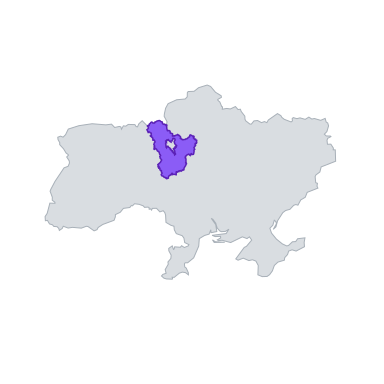 where Kiev sits in Ukraine, rotated 346°
{"feature_id": "UKR-321", "entity_name": "Kiev", "entity_type": "Region", "adm_level": 1, "iso_a3": "UKR", "parent_name": "Ukraine", "parent_adm1": "", "projection": "albers", "projection_center": [30.544, 50.332], "detail": "fine", "context": "in_parent", "style": "filled", "palette": "violet", "viewbox_px": 384, "rotation_deg": 346, "n_neighbors": 0, "source": "natural_earth", "source_scale": "10m", "svg_char_len": 9468}
<svg xmlns="http://www.w3.org/2000/svg" viewBox="0 0 384 384"><g transform="rotate(346 192 192)"><path d="M262.5,258.1L267.1,264.2L270.8,267.2L272.6,267.3L277.4,264.6L280.6,265.2L283.2,262.9L290.5,263.8L288.6,268.1L287.9,272.3L278.7,274.5L275.1,272.3L271.5,272.7L269.6,275.8L266.1,278.1L265.1,280.5L258.4,280.8L254.1,283.2L250.9,288.0L247.3,291.0L244.4,292.1L239.7,291.1L235.9,288.3L238.5,279.3L237.3,274.5L234.3,272.4L230.6,272.3L225.7,268.6L220.2,269.3L218.3,267.5L229.3,258.4L231.7,257.9L238.3,253.1L236.9,249.4L234.1,250.5L230.0,247.7L217.3,250.4L209.5,246.1L205.9,245.6L205.0,244.6L208.7,243.5L209.0,241.9L203.8,240.9L201.0,238.9L215.1,240.6L218.8,237.0L214.9,238.3L210.9,237.6L209.5,236.5L207.7,233.0L207.5,228.0L205.7,223.6L204.3,222.2L207.1,229.4L206.5,236.4L200.6,236.1L201.1,233.2L198.4,237.0L193.7,237.2L187.8,239.0L185.4,246.2L177.7,256.3L170.7,259.6L168.3,259.0L167.3,259.8L166.8,262.9L168.0,264.4L168.9,269.4L168.5,271.5L166.1,268.6L163.2,267.4L160.0,267.7L154.1,270.5L152.1,269.9L152.2,271.4L151.7,271.8L146.2,270.2L143.9,268.8L142.1,266.1L143.8,264.9L147.2,264.6L147.2,260.8L151.5,256.3L151.7,254.1L155.4,251.4L156.5,248.2L155.3,243.5L155.8,241.1L159.8,239.5L160.1,243.2L161.0,242.9L161.9,241.0L167.3,242.8L168.9,241.6L171.1,244.0L175.3,243.4L176.3,242.3L172.7,239.3L173.0,234.7L171.9,232.0L166.7,228.6L165.7,224.4L166.2,220.8L163.6,219.3L159.4,215.2L160.8,208.0L160.6,205.3L159.5,203.2L156.0,203.5L153.6,199.2L149.5,198.3L148.4,199.8L147.7,198.3L146.3,198.4L146.5,196.6L145.6,196.0L142.2,195.4L141.4,193.7L137.8,191.2L133.4,189.5L130.9,191.0L129.8,190.5L127.9,192.0L121.5,191.3L117.5,194.3L112.2,195.4L111.6,197.6L109.5,200.6L97.6,201.9L92.4,203.7L90.7,205.6L87.6,206.0L82.7,200.3L81.1,199.7L75.9,200.3L67.5,197.4L63.1,197.0L58.8,194.1L57.2,196.0L54.0,197.2L53.9,195.1L52.7,193.0L49.6,192.0L48.7,190.1L46.0,188.5L44.9,184.6L42.8,184.4L43.5,180.3L46.3,177.7L51.4,168.4L56.3,169.8L56.5,168.7L54.4,166.2L55.2,163.2L54.5,156.9L55.6,155.3L61.7,148.5L73.7,137.6L78.0,137.1L80.1,134.3L80.4,132.1L78.9,127.7L81.0,126.4L80.9,125.7L79.3,123.8L77.8,119.0L75.1,114.1L75.6,112.0L74.7,108.8L75.0,106.4L77.9,106.0L80.2,107.6L83.2,105.8L87.2,101.0L98.3,100.3L111.6,101.6L124.6,106.0L130.3,106.7L132.6,110.7L137.4,110.8L138.7,111.6L138.8,114.0L141.4,111.2L143.7,112.1L146.5,111.0L152.9,112.8L153.6,115.0L154.9,115.6L156.9,113.0L160.9,110.8L164.6,117.1L167.9,115.8L177.4,114.8L179.8,116.8L180.1,118.7L183.5,120.2L184.8,117.9L183.3,111.8L184.1,109.5L186.7,104.3L190.2,100.5L199.4,98.8L207.9,100.1L210.4,98.5L211.5,94.5L212.6,93.6L218.4,94.8L223.6,92.4L232.6,91.9L235.6,94.1L238.9,100.9L243.6,105.7L243.4,107.3L239.4,108.4L239.3,109.3L240.8,111.5L241.5,116.3L242.2,116.8L241.4,119.0L245.8,119.3L249.3,120.7L254.8,119.6L256.6,123.1L259.0,123.4L259.2,125.7L261.6,131.2L261.0,134.2L261.4,136.0L264.6,140.1L266.0,140.5L269.3,138.0L272.9,138.5L276.2,141.5L279.3,141.2L281.4,142.8L283.5,140.6L293.9,136.6L296.7,139.4L297.2,141.3L299.1,143.8L305.1,148.0L306.7,147.3L306.9,145.1L308.2,144.3L311.5,146.2L314.7,146.2L319.4,148.9L323.5,147.6L325.9,150.2L328.5,150.3L334.2,153.6L339.0,152.8L339.1,156.5L340.4,157.9L340.5,160.9L337.5,166.0L334.4,167.9L335.8,170.1L339.8,171.2L340.2,171.9L336.7,172.7L335.5,174.5L335.0,178.4L338.3,179.2L339.8,183.6L339.2,185.2L341.2,185.8L338.8,196.9L323.4,198.9L320.9,203.5L316.4,205.4L315.2,206.8L314.3,212.9L315.8,213.9L314.7,216.6L315.1,218.7L303.7,220.2L300.6,224.5L295.6,226.0L291.6,230.4L289.7,229.3L287.5,229.5L282.8,232.5L278.4,232.6L275.1,234.0L268.1,240.6L265.0,246.1L261.8,247.9L266.2,243.3L266.2,241.0L265.0,239.3L262.4,243.8L258.8,246.0L259.2,251.1L262.5,258.1ZM211.6,248.7L201.3,246.3L200.3,243.4L202.6,245.9L211.6,248.7Z" fill="#d9dde1" stroke="#a8b0b8" stroke-width="1"/><path d="M169.6,114.4L169.9,114.4L170.2,114.6L170.6,115.5L170.8,115.7L172.2,116.0L172.5,115.9L172.9,115.3L173.1,115.1L173.5,115.3L174.7,114.8L175.0,114.7L177.2,114.7L177.7,114.8L178.1,115.1L178.9,116.2L179.7,116.6L179.9,116.7L180.1,117.1L180.1,117.5L179.9,118.3L180.0,118.6L180.5,119.2L180.9,119.5L181.6,119.5L181.9,119.7L182.2,120.3L182.9,120.4L183.3,120.7L183.4,121.0L183.6,120.9L183.7,121.0L183.1,121.2L183.0,121.3L183.2,122.0L183.3,122.3L182.9,124.2L182.9,125.7L183.0,126.6L183.3,126.7L183.6,126.5L184.0,126.7L184.6,126.8L185.1,127.3L185.3,127.5L185.4,128.0L185.2,129.1L185.2,129.6L186.5,130.2L187.2,130.8L187.1,131.6L186.6,132.8L186.6,133.0L186.9,133.1L187.4,132.9L188.1,133.5L188.3,133.4L188.5,133.1L189.6,133.3L190.1,133.0L191.4,133.0L192.0,132.7L192.5,133.3L192.5,133.7L192.5,133.8L193.3,134.0L193.3,134.4L193.9,135.0L194.1,135.5L194.3,136.1L194.2,136.4L194.1,136.7L193.7,136.8L193.6,137.1L194.3,137.9L194.9,138.0L195.0,138.2L195.0,138.6L195.2,138.9L195.7,139.0L196.0,139.2L196.6,139.1L198.2,139.4L198.6,139.0L199.8,139.2L200.2,138.9L200.6,138.9L200.9,138.6L201.4,138.4L201.8,138.0L202.8,138.0L203.1,137.6L203.3,137.4L203.3,137.1L203.4,136.8L203.5,136.5L203.9,136.2L204.3,136.2L205.3,137.0L206.2,138.0L207.1,138.1L207.4,138.6L207.3,139.2L207.2,139.3L206.7,139.3L206.4,139.7L206.4,139.9L207.0,140.5L207.0,141.1L207.2,141.3L207.5,141.5L208.2,141.5L208.3,141.6L208.3,141.8L207.9,142.2L208.0,142.3L209.1,143.0L208.7,144.1L208.4,144.7L208.6,145.0L208.1,145.8L207.4,145.6L207.2,145.6L206.9,145.7L206.6,146.1L206.5,146.4L206.6,146.7L206.9,147.2L206.9,147.4L206.8,147.6L206.2,148.2L205.9,148.3L205.6,148.2L205.4,148.8L204.6,149.4L204.6,149.5L204.7,149.9L204.8,150.7L205.0,151.1L205.0,151.3L204.0,151.8L203.9,152.0L204.0,152.5L203.9,152.9L203.7,153.5L203.3,154.1L203.3,154.6L202.9,155.0L202.5,155.8L202.4,155.8L200.8,155.6L200.7,155.5L200.7,154.8L200.6,154.6L200.4,154.6L200.3,155.2L200.1,155.5L199.7,155.6L199.3,155.4L199.1,155.6L199.0,156.0L198.6,155.6L198.5,155.3L198.2,154.9L198.1,154.5L197.8,154.4L197.3,154.6L196.3,154.7L195.1,155.6L194.5,155.6L194.3,155.8L193.8,156.7L194.1,157.0L193.8,157.8L194.1,158.1L194.1,158.3L194.0,159.2L193.7,159.8L193.7,160.4L193.4,161.3L193.0,161.8L193.0,162.3L193.5,162.5L193.5,162.8L193.5,163.3L192.7,163.9L192.2,164.9L191.5,165.4L190.1,166.9L189.7,167.7L189.6,168.4L189.4,168.6L189.2,168.6L189.0,168.3L188.8,168.2L188.4,168.6L187.8,168.4L187.3,168.9L186.4,169.2L185.8,168.4L185.3,168.5L184.7,168.3L184.3,169.0L183.6,168.7L183.3,169.0L182.7,169.2L182.4,168.8L182.1,168.6L181.7,168.6L181.4,168.9L181.3,169.6L180.9,171.3L180.8,171.5L180.5,171.4L180.4,171.2L180.4,170.9L177.3,170.2L177.2,169.9L177.5,169.4L177.5,169.2L177.0,169.0L176.2,169.7L176.4,170.3L175.9,170.2L175.1,170.1L174.9,170.3L174.7,170.6L173.7,170.7L173.2,171.1L172.8,171.8L172.4,172.3L172.4,172.8L170.8,173.0L170.5,172.9L170.2,172.6L170.0,172.3L170.0,172.1L170.3,171.9L170.2,171.8L169.5,171.5L169.3,171.2L169.2,171.1L168.6,171.1L167.8,169.6L167.1,169.3L166.7,169.1L166.6,168.7L166.3,168.0L166.3,167.6L166.4,167.4L167.3,166.8L167.5,166.6L167.5,166.0L167.0,164.9L167.1,164.7L167.4,164.5L167.5,163.9L167.4,163.7L166.6,163.3L166.3,162.8L166.3,162.1L166.6,161.4L166.6,161.1L166.3,160.9L165.5,160.8L165.6,160.4L166.1,160.1L166.1,159.5L166.1,159.4L165.1,159.3L165.1,159.2L165.4,158.7L165.6,158.1L165.6,157.8L165.4,157.3L165.5,157.1L166.1,156.9L166.4,156.6L166.8,156.6L167.4,156.1L168.6,155.5L169.0,155.0L169.2,154.6L169.7,154.3L170.2,153.8L170.3,153.5L170.3,153.4L169.3,151.6L169.5,151.1L169.3,150.2L169.3,149.8L169.4,149.6L170.1,149.3L170.4,149.0L170.4,148.9L170.2,148.6L170.2,148.0L169.8,147.7L169.7,147.4L169.8,145.3L169.7,145.2L169.3,144.9L168.9,144.1L168.4,143.9L168.3,143.4L168.1,142.8L168.0,142.1L167.8,141.7L167.6,141.5L167.3,141.3L166.6,141.3L165.8,141.6L165.6,141.5L165.5,141.3L165.5,141.2L166.0,141.1L166.1,140.9L165.8,140.5L165.8,140.3L166.4,140.3L166.5,140.1L166.7,139.6L166.7,139.3L166.3,139.0L166.3,138.7L166.7,138.5L166.9,137.7L166.5,137.2L166.4,137.0L166.4,136.8L167.4,135.1L168.0,134.8L168.1,134.6L168.2,134.3L168.3,134.1L167.9,132.5L167.6,132.3L166.8,132.4L166.6,132.3L166.6,132.1L167.0,130.3L166.9,130.0L166.5,129.5L165.6,128.1L165.2,127.8L165.2,127.5L165.2,127.3L165.3,127.3L165.8,127.3L166.3,127.5L166.3,127.4L166.3,126.2L166.7,125.4L166.7,125.1L166.5,124.8L165.8,124.5L165.5,123.8L164.8,123.2L164.4,123.1L164.1,123.7L163.9,123.7L163.8,123.1L163.6,121.8L163.3,120.7L163.8,120.5L164.6,120.0L165.0,119.6L165.2,119.2L165.2,118.7L165.3,117.6L165.2,117.5L164.9,117.6L164.7,117.2L165.1,116.9L165.5,116.8L166.2,117.1L166.5,117.1L167.1,115.7L168.1,115.4L168.6,114.8L168.9,114.6L169.6,114.4ZM186.8,144.8L187.4,144.7L187.4,143.7L188.1,143.7L188.3,143.2L187.8,142.8L187.8,142.4L186.9,141.0L186.9,140.1L187.0,139.8L186.8,139.3L186.8,139.0L187.2,138.4L187.6,138.1L188.2,137.4L188.1,136.0L186.6,135.3L186.2,135.7L186.2,136.4L185.9,136.7L185.4,136.9L185.1,137.6L183.6,137.5L183.4,137.7L183.5,138.3L183.1,138.0L182.8,137.5L182.4,137.1L182.1,136.2L181.7,136.1L181.7,135.4L180.1,135.4L180.1,136.0L179.1,136.1L179.4,136.7L179.3,137.3L179.0,136.8L178.7,137.0L178.9,137.4L178.9,137.8L178.2,138.4L178.1,138.8L178.2,139.3L178.1,139.8L177.9,140.0L178.0,140.9L177.8,141.3L177.7,142.3L177.9,142.7L178.0,142.4L178.3,142.5L178.5,141.6L179.2,141.9L179.6,141.7L179.8,141.8L180.0,142.8L180.5,143.3L181.0,143.8L181.4,144.4L181.2,144.9L181.3,145.5L181.9,145.5L182.0,146.5L182.3,146.6L182.4,147.1L182.6,146.9L183.1,147.3L182.9,148.4L183.3,148.4L183.4,149.7L183.8,149.8L184.1,150.6L184.1,151.8L185.1,151.3L185.0,150.9L185.2,150.6L184.8,149.7L184.7,149.0L185.0,149.0L185.2,148.2L185.0,147.2L184.5,146.0L184.7,145.8L184.5,145.4L185.0,145.2L185.1,145.5L185.5,145.4L185.9,145.6L186.3,145.5L186.2,144.7L186.4,144.3L186.8,144.8Z" fill="#8b5cf6" stroke="#5b21b6" stroke-width="1.5"/></g></svg>